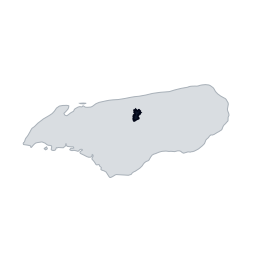 Antanifotsy, Vakinankaratra, Madagascar (highlighted), rotated 243°
{"feature_id": "10022922B69082959012584", "entity_name": "Antanifotsy", "entity_type": "district", "adm_level": 2, "iso_a3": "MDG", "parent_name": "Madagascar", "parent_adm1": "Vakinankaratra", "projection": "orthographic", "projection_center": [47.552, -19.75], "detail": "fine", "context": "in_parent", "style": "filled", "palette": "ink", "viewbox_px": 256, "rotation_deg": 243, "n_neighbors": 0, "source": "geoboundaries", "source_scale": "gbopen_adm2", "svg_char_len": 5535}
<svg xmlns="http://www.w3.org/2000/svg" viewBox="0 0 256 256"><g transform="rotate(243 128 128)"><path d="M165.5,32.7L166.2,34.3L167.0,35.8L169.4,39.4L170.4,40.8L171.3,42.3L171.7,45.2L173.2,49.8L174.5,56.7L174.9,63.8L175.3,67.0L176.4,70.1L178.2,73.3L178.7,76.8L177.6,80.4L175.9,83.8L175.5,84.4L174.7,85.3L174.4,85.2L173.1,84.3L172.0,82.9L170.7,79.5L170.2,77.7L169.7,77.5L168.1,77.6L167.0,78.6L166.7,79.3L167.0,81.2L167.4,83.0L167.6,84.7L167.6,86.9L168.0,87.6L168.6,88.2L169.2,89.6L169.3,93.1L168.9,94.8L167.8,96.3L167.8,97.1L168.2,97.9L167.8,98.4L166.4,99.1L165.8,99.6L164.9,101.1L163.6,104.2L163.4,105.8L164.2,110.6L163.9,114.1L162.2,120.6L161.3,123.7L159.9,127.4L157.8,132.2L155.8,138.3L154.0,144.7L152.8,148.4L151.3,152.2L149.3,158.8L147.7,165.5L145.2,172.8L141.8,181.0L141.5,182.1L140.8,186.3L140.0,189.9L139.1,193.6L137.3,199.5L137.1,201.3L136.6,203.1L134.9,206.8L134.1,208.2L133.6,209.7L133.3,211.6L132.8,213.4L131.5,216.7L129.6,219.6L128.3,220.6L125.4,222.1L124.0,222.4L120.8,222.5L117.7,223.4L114.5,225.0L111.5,227.0L110.3,227.9L109.0,228.4L105.0,228.6L103.7,228.2L99.6,225.1L98.0,224.6L95.0,224.3L94.1,224.0L93.3,223.6L92.0,222.0L89.6,220.7L89.0,220.3L88.6,219.4L88.3,218.3L87.7,217.2L87.1,215.0L86.3,213.5L84.0,210.9L83.8,210.1L83.5,207.2L83.5,205.3L83.2,201.7L83.4,200.1L84.2,198.6L83.8,196.9L82.9,195.3L82.5,193.5L81.9,191.9L79.4,189.1L78.9,187.7L78.4,186.2L77.4,181.6L77.3,180.0L77.3,176.6L77.6,174.9L78.1,173.7L78.2,172.7L78.6,172.0L79.1,171.3L79.5,170.6L80.3,166.2L81.4,165.2L83.0,164.6L84.3,163.5L85.1,161.9L85.8,158.8L87.8,155.6L88.5,153.9L90.2,151.4L91.7,147.9L92.1,146.2L92.4,144.5L92.7,140.8L93.0,139.0L92.9,137.2L92.0,135.3L89.8,131.9L89.7,131.3L89.9,128.8L89.6,126.9L88.8,125.1L87.8,123.4L86.8,120.2L86.2,114.9L86.3,113.0L86.0,111.3L85.2,109.7L85.7,106.9L91.8,96.5L92.0,95.3L91.7,92.1L91.8,90.3L92.0,89.6L92.5,89.2L93.5,89.0L98.7,88.5L99.3,88.1L100.6,87.3L102.3,85.6L103.1,85.1L103.8,85.2L104.3,85.9L104.8,86.3L106.9,85.5L107.7,85.5L108.5,85.6L108.9,84.9L109.1,84.0L109.4,83.3L110.0,82.9L112.6,82.7L114.3,82.4L116.5,81.8L117.0,81.9L118.8,84.2L119.3,84.4L120.0,84.5L120.6,84.1L119.2,82.9L118.9,82.2L119.0,81.4L119.8,79.7L121.1,78.4L123.9,76.4L126.9,74.1L127.8,74.0L128.5,74.3L129.1,77.0L129.0,77.4L129.5,77.5L130.0,77.2L130.5,76.1L130.6,75.2L130.2,74.3L130.0,73.6L129.9,72.9L131.4,71.3L132.6,69.8L133.2,68.0L133.7,67.2L134.9,66.3L135.3,66.4L135.6,67.2L135.8,68.0L135.4,68.8L135.0,69.6L134.8,70.6L135.5,70.8L136.2,70.6L137.1,68.7L138.3,66.9L138.9,65.9L139.8,65.3L141.2,65.4L142.5,65.8L140.3,63.9L139.8,61.3L142.4,56.8L142.4,55.9L142.8,55.6L143.0,55.2L141.6,53.7L141.4,53.0L141.6,51.8L142.2,50.8L142.8,50.1L143.6,49.8L144.3,50.2L145.8,51.5L146.8,51.7L148.0,50.5L148.9,49.0L150.4,48.0L152.1,47.3L154.7,45.0L156.3,40.1L156.5,38.7L156.1,36.9L155.5,35.3L154.6,33.2L154.8,32.7L156.2,33.0L156.7,32.7L158.2,30.9L160.7,27.4L161.6,27.5L162.3,28.1L162.5,29.1L163.0,29.8L164.7,31.5L165.5,32.7ZM148.0,46.4L148.1,46.9L146.1,46.7L145.9,44.8L146.8,44.8L147.0,44.0L147.6,43.9L148.2,45.6L148.0,46.4ZM170.6,99.3L169.0,102.0L169.5,99.7L171.4,96.5L171.9,96.2L170.6,99.3Z" fill="#d9dde1" stroke="#a8b0b8" stroke-width="1"/><path d="M131.9,136.4L131.9,136.5L131.6,136.7L131.6,136.8L131.5,136.7L131.4,136.8L131.2,136.9L131.3,136.9L131.3,137.0L131.2,137.1L131.5,137.4L131.5,137.5L131.7,137.8L131.6,138.0L131.8,138.0L131.7,138.1L131.7,138.3L131.7,138.5L131.6,138.8L131.6,139.0L131.6,139.3L131.6,139.5L131.5,140.0L131.5,140.3L131.5,140.5L131.5,140.8L131.4,141.0L131.4,141.4L131.4,141.5L131.4,141.8L131.5,142.0L131.8,142.1L132.0,142.1L132.3,142.2L132.5,142.0L132.5,141.9L132.7,142.0L132.8,142.1L133.0,142.0L133.5,142.1L133.8,142.1L134.0,142.0L134.2,142.4L134.3,142.4L134.4,142.5L134.5,142.6L134.6,142.9L134.6,143.1L134.7,143.3L134.8,143.3L134.7,143.4L134.8,143.5L135.1,143.7L135.1,143.8L135.0,144.0L135.3,144.2L135.5,144.3L135.4,144.5L135.5,144.7L135.7,144.8L135.3,145.0L135.1,145.1L135.3,145.3L135.3,145.5L135.3,145.8L135.3,146.0L135.3,145.9L135.5,145.9L135.6,146.0L135.7,145.9L135.8,145.9L135.8,146.0L135.9,146.3L135.9,146.5L136.1,146.4L136.0,146.2L136.3,146.1L136.5,146.1L137.0,146.4L137.3,146.4L137.4,146.5L137.5,146.7L137.8,146.6L138.1,146.5L138.2,146.4L138.3,146.3L138.6,146.3L138.7,146.2L138.8,146.2L139.0,146.0L139.3,146.1L139.4,145.9L139.5,145.8L139.5,145.7L139.4,145.6L139.3,145.4L139.2,145.3L139.1,145.2L139.0,144.9L138.9,144.9L138.8,144.7L138.7,144.6L138.6,144.4L138.9,144.4L139.1,144.4L139.3,144.2L139.5,143.9L139.6,143.7L139.6,143.4L139.8,143.1L140.0,142.8L140.3,143.0L140.5,143.1L140.8,143.3L141.0,143.4L141.0,143.5L141.3,143.4L141.2,143.3L141.3,143.2L141.3,142.9L141.2,142.7L140.9,142.6L140.9,142.4L141.0,142.3L141.0,142.1L141.0,141.8L141.2,141.7L141.3,141.6L141.2,141.4L140.7,141.2L140.4,141.1L140.2,141.2L140.0,140.9L139.9,140.8L139.9,140.7L139.9,140.8L139.8,141.0L139.7,141.1L139.5,140.9L139.4,141.0L139.2,140.9L139.0,140.6L138.9,140.7L138.8,140.8L138.7,140.7L138.6,140.8L138.3,140.8L138.3,140.7L138.2,140.7L137.9,140.7L137.8,140.8L137.6,140.8L137.4,140.7L137.1,140.7L137.0,140.3L136.9,140.3L136.7,140.3L136.4,140.2L136.5,139.9L136.7,139.7L136.8,139.6L137.0,139.4L137.1,139.2L136.9,139.0L136.9,138.8L136.9,138.7L136.7,138.6L136.5,138.4L136.4,138.4L136.3,138.2L136.2,138.0L135.9,138.1L135.7,138.1L135.4,138.0L135.2,138.1L135.2,137.9L134.9,137.9L134.7,137.8L134.8,137.7L134.7,137.5L134.7,137.4L134.6,137.2L134.3,137.0L134.2,137.1L133.9,137.0L133.8,136.9L133.7,136.9L133.4,136.7L133.2,136.5L133.0,136.4L132.7,136.4L132.4,136.4L132.2,136.4L132.2,136.5L131.9,136.4Z" fill="#0f172a" stroke="#020617" stroke-width="1.5"/></g></svg>